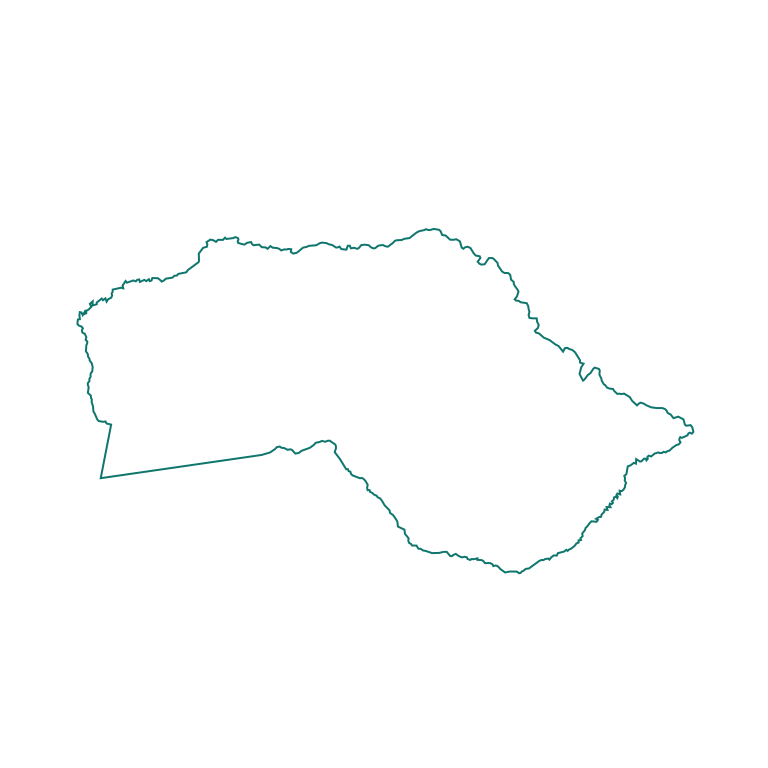 outline of Santa Filomena, Piauí, Brazil, rotated 101°
{"feature_id": "56859067B19704876429785", "entity_name": "Santa Filomena", "entity_type": "district", "adm_level": 2, "iso_a3": "BRA", "parent_name": "Brazil", "parent_adm1": "Piauí", "projection": "albers", "projection_center": [-45.687, -8.973], "detail": "fine", "context": "isolated", "style": "outline", "palette": "teal", "viewbox_px": 768, "rotation_deg": 101, "n_neighbors": 0, "source": "geoboundaries", "source_scale": "gbopen_adm2", "svg_char_len": 6140}
<svg xmlns="http://www.w3.org/2000/svg" viewBox="0 0 768 768"><g transform="rotate(101 384 384)"><path d="M332.2,657.3L337.3,659.4L339.8,658.2L339.7,660.6L343.1,668.3L345.3,668.0L347.1,668.6L349.1,667.8L351.3,668.2L353.4,670.9L356.1,672.0L353.1,673.8L355.4,675.9L354.0,677.4L358.8,681.5L360.5,681.2L362.6,685.1L358.5,685.7L361.4,688.0L364.2,686.1L367.2,688.1L369.1,690.3L371.4,689.8L372.3,691.2L370.5,691.7L373.9,692.9L371.5,694.6L371.5,696.3L374.7,696.1L378.4,694.9L379.1,696.8L381.9,696.6L383.8,696.3L384.8,694.8L385.5,691.5L386.9,690.2L388.5,690.8L390.4,690.3L391.4,689.2L391.7,687.4L394.9,685.1L397.6,685.3L398.8,683.4L400.8,683.1L402.7,683.6L408.9,682.8L410.8,680.7L413.8,679.6L415.6,677.8L417.1,677.4L419.4,674.8L423.0,673.2L427.5,672.8L428.9,673.7L430.5,673.9L433.0,673.4L435.1,674.2L437.5,673.7L439.6,674.9L441.6,674.5L443.4,673.3L449.2,673.0L451.3,669.6L453.7,668.9L455.1,667.8L457.4,667.6L461.4,665.4L466.6,663.9L468.0,662.5L473.5,658.7L474.8,657.0L474.7,652.3L473.9,650.3L475.7,648.8L475.9,644.1L530.5,644.1L477.0,490.6L472.9,482.7L468.5,478.4L466.4,477.1L465.3,474.4L466.1,472.7L466.0,469.2L467.0,466.1L466.0,463.5L466.2,461.8L469.2,457.8L468.4,455.5L467.4,453.9L465.4,452.3L460.7,444.5L457.0,441.1L454.8,439.9L453.2,436.1L451.7,434.1L451.9,430.6L450.5,428.5L450.0,426.5L452.5,420.7L453.7,419.5L456.3,418.9L460.3,419.4L466.0,413.0L474.9,404.8L474.5,403.2L476.3,402.1L476.5,400.3L478.7,399.1L479.8,397.2L481.1,389.5L480.4,387.9L481.2,385.7L482.9,383.5L486.0,380.8L489.1,380.8L491.4,379.8L490.9,377.9L492.6,377.0L493.1,374.8L494.4,372.9L495.1,369.9L496.5,368.5L497.0,366.0L498.7,364.0L503.0,360.2L506.9,354.5L509.4,353.5L511.0,350.0L513.5,347.4L516.4,344.7L521.3,343.1L523.1,336.1L527.0,334.9L530.8,330.4L532.9,330.3L535.1,329.2L535.9,326.9L537.2,325.6L536.4,321.2L539.1,318.9L538.8,316.6L540.0,313.7L539.9,311.5L540.8,304.6L539.3,297.6L537.4,293.5L536.8,290.4L540.2,286.2L540.0,284.4L538.5,283.3L537.1,281.1L538.7,277.6L539.3,274.3L538.3,272.2L538.3,269.6L539.8,268.6L540.3,265.8L539.1,264.6L538.8,262.3L537.3,259.0L538.8,258.8L538.2,254.4L539.1,252.3L540.6,250.7L539.5,245.7L540.3,243.1L541.9,241.9L541.0,240.2L540.9,238.4L541.8,236.5L543.4,234.6L545.9,229.1L544.0,224.5L542.8,217.7L544.0,215.3L543.3,213.8L541.8,213.0L540.8,211.5L538.4,209.5L537.4,206.5L528.0,197.8L526.7,195.8L526.4,193.9L525.1,192.4L524.0,189.4L524.8,188.1L522.4,186.9L519.9,184.7L519.4,181.6L516.9,181.1L514.1,175.2L512.0,173.4L512.8,171.9L511.2,170.8L510.2,169.2L506.7,166.1L503.7,164.6L502.5,162.7L500.4,163.2L499.6,160.9L498.0,161.7L495.4,160.0L492.9,160.9L489.2,158.9L486.7,158.6L484.8,157.2L481.3,155.6L479.2,154.2L478.7,149.1L476.6,148.1L475.9,150.1L473.7,147.6L473.0,145.6L470.7,145.5L467.4,143.4L465.1,143.5L465.0,140.6L462.3,142.0L461.7,138.2L460.1,139.6L458.3,139.4L458.6,137.7L457.0,136.6L455.7,137.9L453.9,136.5L451.4,136.5L450.4,135.0L451.5,133.2L449.8,133.1L448.6,134.6L446.9,134.0L447.3,131.1L443.8,132.3L443.8,130.1L442.1,128.8L439.5,127.8L437.1,128.0L435.0,127.5L432.9,129.2L430.0,129.5L428.5,130.6L426.2,128.9L418.3,129.0L417.0,126.7L413.7,123.6L414.1,121.5L409.6,122.1L411.3,117.8L410.6,116.4L407.7,114.5L407.4,112.9L408.9,111.8L407.2,110.8L405.2,111.5L403.8,110.4L404.2,108.0L400.6,105.0L398.8,101.6L399.2,100.0L398.6,97.9L397.2,96.6L397.4,94.4L395.9,93.0L394.8,90.9L391.5,88.7L388.0,85.2L387.1,83.2L384.7,81.8L383.0,83.3L381.3,83.6L379.6,83.0L380.0,81.3L376.5,76.3L374.5,75.8L373.4,74.6L374.0,72.3L371.9,71.2L367.7,73.1L365.9,75.2L367.3,79.4L366.4,80.9L361.6,83.3L359.9,88.9L362.3,93.3L359.3,96.7L358.3,100.0L356.3,101.4L355.0,103.3L354.5,106.2L355.6,111.6L355.9,117.4L354.7,122.9L353.8,124.8L353.3,128.4L354.6,130.1L356.7,131.5L353.2,137.2L349.9,140.3L347.6,146.6L348.6,148.7L348.6,151.2L349.2,153.1L346.8,156.8L345.2,158.3L345.5,161.6L345.0,164.3L342.9,166.7L342.3,168.2L339.1,171.0L337.1,171.7L333.8,174.3L329.6,174.8L328.2,175.9L327.7,180.2L329.1,181.4L334.1,183.5L336.2,185.6L341.2,188.0L342.7,189.3L336.8,194.0L330.2,193.6L326.0,192.0L325.6,195.6L323.2,196.2L316.4,202.5L314.6,205.8L314.3,209.1L313.5,210.7L314.3,213.3L318.1,214.4L313.5,219.8L312.4,223.4L309.3,229.8L308.0,236.0L304.7,241.7L304.6,244.6L303.0,246.1L299.8,243.7L296.5,243.4L293.6,245.6L290.4,246.7L291.2,250.5L291.4,253.8L288.8,255.2L285.3,255.0L283.4,256.1L279.8,257.4L277.4,259.4L277.7,265.4L276.7,267.6L276.9,270.2L276.0,271.9L272.7,270.2L267.7,269.6L266.0,270.8L262.4,274.7L260.7,275.8L259.1,276.1L257.3,279.2L252.8,280.9L251.4,283.2L252.0,286.9L251.1,289.5L246.0,294.7L243.5,295.6L240.2,300.3L239.7,301.8L240.4,305.1L247.3,308.1L248.2,311.2L247.7,313.3L246.1,315.4L241.8,313.4L240.4,314.4L240.4,318.5L238.5,321.0L234.0,325.1L233.3,328.3L234.5,330.6L236.1,332.0L235.2,333.8L229.5,336.7L228.1,340.6L229.3,343.7L229.7,346.7L226.5,351.8L226.6,355.4L223.3,357.5L222.1,359.3L222.3,364.7L224.2,368.5L224.4,370.1L224.0,372.3L225.2,373.8L227.3,378.7L229.2,381.0L235.9,386.8L237.6,391.8L239.3,394.2L240.5,399.1L241.4,400.6L244.1,402.4L248.5,406.4L248.5,408.9L247.8,411.7L249.0,415.3L249.9,416.6L252.2,418.4L252.9,420.2L252.4,422.7L250.7,425.4L250.9,429.3L251.9,432.7L255.5,434.8L256.4,436.1L256.0,439.3L257.1,442.4L254.8,444.0L255.2,445.9L259.3,446.6L259.7,451.7L257.6,453.8L258.8,455.6L259.2,457.1L257.5,461.2L257.3,465.2L256.7,467.1L257.0,471.8L258.1,474.0L260.7,476.9L262.8,484.3L264.0,485.8L265.7,489.6L271.7,494.5L273.3,497.9L272.2,500.6L269.4,500.8L269.7,503.7L270.6,505.4L270.9,507.6L272.5,510.4L271.3,512.6L271.0,515.0L271.4,519.3L270.3,521.8L273.5,524.1L272.5,526.2L273.0,530.0L271.0,533.1L272.7,538.7L271.5,540.5L270.0,541.6L271.6,545.4L273.8,547.7L273.8,549.8L273.3,554.2L271.8,554.9L270.1,554.4L268.6,555.3L268.2,558.1L269.5,559.7L271.7,566.4L270.7,568.0L273.3,569.6L274.1,574.4L276.5,576.0L275.4,579.2L275.4,582.0L278.6,585.3L280.8,584.0L283.1,584.1L284.8,587.5L291.3,590.7L298.3,589.1L299.8,589.3L309.6,598.3L312.1,599.4L315.2,607.0L317.1,608.1L317.8,610.5L319.5,611.5L320.3,612.8L322.2,618.2L324.6,620.0L325.9,621.8L324.9,623.0L323.3,626.2L324.2,631.6L326.8,632.0L327.7,633.6L326.0,634.8L328.4,637.0L327.5,639.1L330.4,643.1L328.1,644.2L328.8,646.1L330.6,647.2L330.2,649.9L333.6,655.7L332.2,657.3Z" fill="none" stroke="#0f766e" stroke-width="2"/></g></svg>